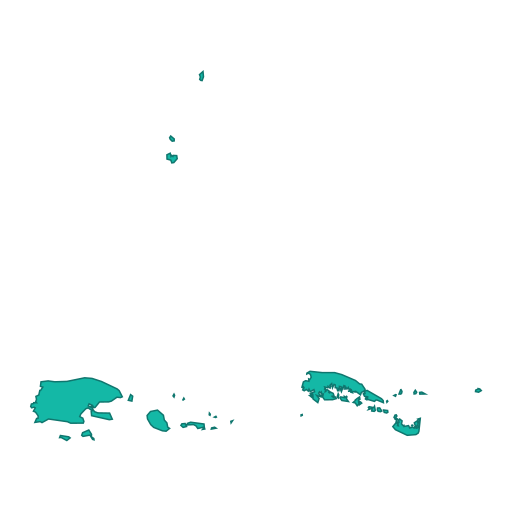 the district of Sumenep, Jawa Timur, Indonesia
{"feature_id": "22746128B46307112426649", "entity_name": "Sumenep", "entity_type": "district", "adm_level": 2, "iso_a3": "IDN", "parent_name": "Indonesia", "parent_adm1": "Jawa Timur", "projection": "albers", "projection_center": [115.069, -6.151], "detail": "fine", "context": "isolated", "style": "filled", "palette": "teal", "viewbox_px": 512, "rotation_deg": 0, "n_neighbors": 0, "source": "geoboundaries", "source_scale": "gbopen_adm2", "svg_char_len": 6077}
<svg xmlns="http://www.w3.org/2000/svg" viewBox="0 0 512 512"><path d="M34.9,422.4L40.2,421.6L42.0,422.6L48.5,419.0L67.4,421.7L70.7,423.2L83.3,423.1L83.9,421.4L82.8,418.2L79.7,416.6L80.8,414.0L85.8,408.7L88.2,407.9L91.6,410.3L92.6,409.6L92.5,408.1L88.2,405.9L89.1,403.8L92.3,405.3L91.0,406.3L92.2,407.1L92.8,406.4L93.1,406.5L92.5,407.7L95.0,407.5L99.5,402.0L108.6,401.9L111.4,401.1L117.0,397.2L120.5,397.6L122.3,396.8L119.2,390.7L117.1,388.9L101.5,381.5L92.0,378.4L84.6,377.8L67.0,381.4L54.8,381.8L48.1,380.9L41.0,381.8L40.4,386.3L42.8,387.1L40.6,390.4L39.8,390.4L38.8,395.0L35.9,396.4L36.5,399.4L35.7,401.7L36.5,402.7L33.7,402.7L33.6,403.5L31.4,404.0L30.7,406.5L31.7,407.8L34.1,407.2L35.3,407.9L33.4,411.2L35.5,412.1L38.2,415.9L38.0,418.3L36.6,418.5L34.9,422.4ZM322.1,372.6L310.0,371.3L306.9,373.1L306.8,374.0L308.4,373.2L310.4,374.3L311.2,377.3L309.7,379.6L308.7,379.0L308.9,381.3L305.6,380.7L303.4,381.9L301.9,387.3L303.5,388.2L303.3,386.7L304.0,387.6L302.7,389.9L304.2,390.8L306.3,389.5L308.3,391.1L309.0,389.2L310.2,391.7L313.9,389.6L314.6,391.8L311.6,392.9L312.8,394.3L313.1,399.0L317.8,402.6L319.1,398.5L316.7,395.4L320.6,396.7L318.7,393.1L319.5,391.8L320.9,393.0L321.3,392.2L322.0,394.1L323.3,394.0L322.9,395.8L321.5,395.4L324.6,399.8L332.6,399.7L336.3,398.6L335.2,396.9L333.5,397.4L331.5,396.0L334.2,396.4L333.2,393.4L330.8,392.2L329.4,392.9L328.8,392.2L329.7,391.5L327.5,389.8L326.3,389.9L325.9,391.3L325.2,391.7L325.5,389.8L324.1,388.9L325.5,389.0L324.7,387.0L327.7,387.8L328.0,386.3L330.6,388.6L329.9,387.8L330.7,386.3L329.9,385.3L331.7,383.6L332.5,387.7L334.0,384.4L335.2,384.9L335.2,387.7L336.7,387.8L337.7,390.8L338.6,390.7L337.4,389.4L338.9,389.9L338.7,388.5L339.9,389.1L339.4,386.4L340.9,386.6L341.5,387.2L340.7,390.0L341.4,391.7L342.5,388.6L341.7,387.1L343.5,387.8L343.9,385.6L345.0,386.0L344.9,387.2L346.0,387.4L344.7,389.0L347.0,388.9L348.3,387.6L348.4,388.9L349.8,389.4L350.0,388.3L350.4,389.9L351.3,389.7L352.1,391.9L355.7,391.3L360.5,394.8L361.4,392.4L364.2,391.0L365.1,389.3L361.7,384.2L359.6,383.9L355.5,380.5L341.8,374.6L334.6,372.6L322.1,372.6ZM157.5,410.1L150.5,411.5L147.1,415.5L147.5,418.9L150.8,424.7L153.7,427.4L162.4,430.8L166.1,431.2L169.6,428.4L167.7,427.1L166.9,422.9L164.3,420.0L163.4,415.2L157.5,410.1ZM420.3,418.3L417.8,419.1L419.1,420.2L418.0,423.9L417.3,420.8L414.3,422.8L415.9,427.5L417.2,425.3L418.0,425.8L418.1,427.3L416.8,428.3L414.6,427.0L414.1,428.1L412.7,427.2L409.8,428.0L408.5,425.6L404.0,426.5L404.0,425.3L402.9,425.5L401.5,423.9L402.1,420.9L399.7,419.0L398.7,420.2L399.0,422.3L397.8,423.6L398.4,425.8L397.5,425.6L397.9,424.6L396.4,422.3L392.8,426.6L395.4,429.7L407.2,435.3L415.9,434.6L418.2,433.1L418.9,431.3L420.3,418.3ZM91.6,415.7L109.3,419.7L112.3,419.2L109.6,413.1L97.8,412.9L94.6,411.7L93.3,410.0L91.2,411.4L91.6,415.7ZM367.1,390.4L364.5,391.3L365.2,394.1L364.2,393.0L363.3,393.8L364.5,396.3L367.7,396.8L367.4,399.3L374.5,401.4L376.0,400.0L377.2,400.1L383.4,402.7L383.2,400.6L381.5,398.7L367.1,390.4ZM204.0,424.0L190.6,422.2L187.4,423.4L187.7,424.4L185.6,424.9L185.1,423.5L181.9,423.8L180.9,425.4L183.1,427.4L186.6,426.5L186.2,425.0L193.6,424.6L196.0,425.9L197.8,428.5L204.3,427.0L204.0,424.0ZM170.2,153.2L166.9,154.8L167.0,159.1L170.8,160.1L171.8,162.9L173.8,162.6L177.2,158.7L176.7,155.6L173.3,155.4L172.9,156.5L171.6,155.4L171.0,156.4L170.2,153.2ZM88.8,430.0L82.6,432.7L81.7,435.3L83.0,436.4L89.9,435.1L92.6,439.4L94.0,439.8L93.8,438.5L91.4,436.8L91.5,434.3L88.8,430.0ZM346.9,396.7L346.1,395.8L346.5,396.7L345.3,397.3L344.3,396.4L344.3,397.6L340.7,396.9L340.0,397.9L341.8,400.5L348.4,401.5L346.4,398.7L346.9,396.7ZM68.7,436.8L60.4,435.5L59.6,437.6L61.2,437.5L66.8,440.5L70.1,437.9L68.7,436.8ZM360.0,399.9L359.6,396.9L357.3,398.4L355.3,400.0L355.7,401.0L355.3,400.5L353.2,402.4L355.3,403.0L357.2,405.8L358.9,403.9L358.6,401.7L359.7,401.7L358.5,400.5L359.2,398.4L360.0,399.9ZM203.5,76.8L203.0,71.5L199.5,74.6L200.4,77.0L199.7,79.4L200.8,80.4L202.1,80.6L203.5,76.8ZM131.9,401.1L132.7,396.2L130.6,394.6L128.3,400.3L131.9,401.1ZM375.3,410.5L374.5,406.2L373.7,407.6L369.2,406.7L368.4,407.3L369.3,408.5L368.5,409.5L372.2,408.4L371.7,411.0L374.2,411.4L375.3,410.5ZM170.7,136.0L169.6,137.7L170.3,139.4L172.2,141.2L174.2,140.9L174.2,138.9L170.7,136.0ZM479.0,388.7L478.2,388.6L478.3,388.9L478.9,388.7L480.4,389.7L478.5,388.9L475.7,390.1L475.5,391.6L478.6,392.2L481.3,390.6L480.0,389.1L479.0,388.7ZM379.7,407.9L377.5,408.0L377.3,409.8L378.1,411.3L380.5,411.7L381.8,411.0L379.7,407.9ZM387.6,410.5L383.6,410.0L384.2,412.4L386.7,413.0L387.9,412.2L387.6,410.5ZM421.8,392.1L419.6,392.4L419.8,394.1L425.3,394.0L421.8,392.1ZM402.0,391.4L401.0,389.6L400.7,389.7L399.0,394.0L400.8,394.1L401.7,393.1L402.0,391.4ZM415.3,390.2L413.9,392.4L414.1,394.0L415.8,393.7L416.7,392.2L415.3,390.2ZM214.6,427.2L211.6,427.9L211.3,429.1L216.1,428.2L214.6,427.2ZM396.2,414.8L395.0,415.1L394.0,417.4L395.1,418.7L396.9,416.0L396.2,414.8ZM360.5,401.9L359.2,402.4L359.4,404.8L361.7,403.1L360.5,401.9ZM311.3,395.2L309.6,395.5L312.5,397.9L312.8,396.3L311.3,395.2ZM338.3,397.9L338.7,394.7L338.2,393.7L337.2,396.9L338.3,397.9ZM174.0,397.1L174.6,395.3L174.0,394.1L173.0,395.9L174.0,397.1ZM232.6,420.7L230.8,421.3L231.1,422.9L232.6,420.7ZM396.1,418.4L395.4,419.4L397.6,420.0L397.6,419.0L396.1,418.4ZM203.5,428.7L203.9,427.8L202.6,429.4L204.8,429.0L204.6,428.3L203.5,428.7ZM397.7,422.1L396.3,421.1L396.0,422.3L397.7,422.1ZM210.0,415.3L210.3,414.2L209.4,413.1L209.2,414.8L210.0,415.3ZM396.1,394.8L395.6,394.6L393.9,395.5L395.5,396.3L396.1,394.8ZM182.6,400.4L184.4,399.1L183.8,398.1L182.6,400.4ZM302.2,414.5L301.0,414.9L301.1,415.9L302.3,415.3L302.2,414.5ZM350.4,390.9L350.7,392.1L352.2,392.6L351.2,390.9L350.4,390.9ZM216.4,417.1L215.9,416.3L214.4,417.1L215.7,417.5L216.4,417.1ZM356.2,392.1L354.0,391.6L353.9,391.8L356.2,392.1ZM366.6,398.1L365.6,398.1L365.4,399.0L366.6,399.7L366.6,398.1ZM386.9,402.3L387.8,401.3L387.3,400.6L386.6,401.2L386.9,402.3ZM411.7,425.7L413.4,425.5L412.1,425.0L411.7,425.7ZM312.2,395.4L311.4,393.9L310.5,393.8L310.9,394.5L312.2,395.4ZM349.3,390.8L348.0,391.3L349.3,391.2L349.3,390.8Z" fill="#14b8a6" stroke="#0f766e" stroke-width="1.5"/></svg>